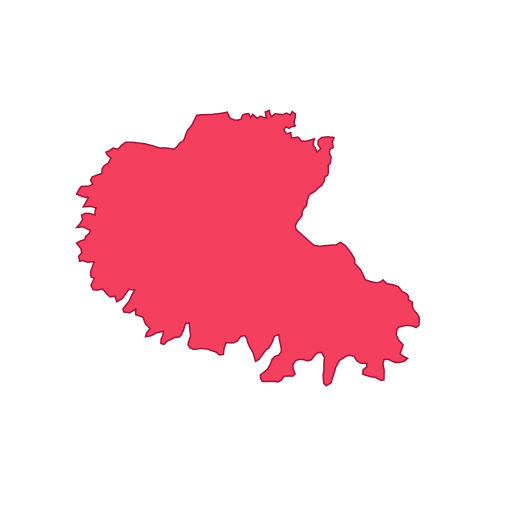 the district of Pato Branco, Paraná, Brazil, rotated 135°
{"feature_id": "56859067B2148871649171", "entity_name": "Pato Branco", "entity_type": "district", "adm_level": 2, "iso_a3": "BRA", "parent_name": "Brazil", "parent_adm1": "Paraná", "projection": "robinson", "projection_center": [-52.664, -26.152], "detail": "fine", "context": "isolated", "style": "filled", "palette": "rose", "viewbox_px": 512, "rotation_deg": 135, "n_neighbors": 0, "source": "geoboundaries", "source_scale": "gbopen_adm2", "svg_char_len": 4033}
<svg xmlns="http://www.w3.org/2000/svg" viewBox="0 0 512 512"><g transform="rotate(135 256 256)"><path d="M132.7,273.2L131.7,276.3L128.4,279.1L124.7,278.1L121.2,282.8L117.0,284.6L120.9,289.4L125.8,293.4L130.5,293.6L133.4,290.9L134.3,286.0L139.4,286.4L137.8,290.0L136.9,294.6L131.8,297.6L135.0,299.2L139.7,301.9L142.5,305.1L142.2,310.3L147.5,314.4L144.1,318.7L148.2,320.9L147.0,325.6L143.5,326.1L142.3,322.9L139.2,322.2L136.3,320.2L134.8,323.5L131.6,325.3L127.7,328.5L128.3,332.6L132.1,331.4L133.3,335.4L136.8,336.8L142.0,343.1L146.4,343.5L145.5,346.9L143.6,349.5L147.6,351.3L151.2,346.1L154.3,351.9L157.7,352.3L158.1,358.5L161.8,357.8L160.5,361.9L163.2,364.1L165.9,365.2L169.6,363.3L172.9,365.0L175.2,367.4L176.9,372.1L174.6,378.1L178.0,380.2L186.9,387.1L195.0,394.7L198.4,397.4L209.1,393.8L215.7,393.2L219.7,391.6L222.7,390.0L225.7,388.9L230.5,389.8L234.3,389.1L238.4,389.5L242.3,394.9L245.2,398.1L247.7,400.3L249.8,404.5L251.7,407.9L255.3,414.1L259.5,419.3L262.6,423.4L267.7,428.6L273.1,429.4L278.2,429.1L280.7,433.4L285.2,434.1L288.7,435.6L289.8,432.1L289.2,427.9L294.5,426.2L300.0,427.2L303.0,426.5L306.7,423.4L310.6,425.4L316.0,427.7L319.6,426.5L320.6,422.2L325.0,423.6L330.2,428.7L333.8,428.3L339.1,426.7L337.7,423.1L336.0,419.6L333.2,415.8L338.9,414.1L343.4,412.9L337.5,407.7L335.2,403.0L338.3,401.5L340.8,398.8L343.8,404.1L347.2,407.3L350.5,408.3L352.7,404.5L357.7,403.2L362.6,403.0L357.8,399.1L356.3,394.7L355.0,391.2L358.0,389.8L362.7,390.4L365.2,388.6L369.7,390.9L373.8,392.0L374.6,385.1L377.0,381.5L381.6,381.2L384.5,377.0L381.7,375.2L379.5,370.7L374.6,366.6L379.2,364.1L383.7,362.1L387.4,358.0L386.2,354.5L389.7,353.3L393.5,351.9L395.0,347.3L392.1,343.9L387.7,341.1L388.2,336.5L388.2,330.3L384.1,327.3L386.8,322.0L380.7,320.4L369.6,322.3L365.8,317.7L371.3,316.2L378.0,313.7L387.3,312.8L389.1,309.9L385.4,305.1L378.6,303.6L382.6,299.6L379.2,292.9L382.2,286.0L382.2,279.7L388.1,278.9L391.3,277.0L386.2,273.6L381.2,272.3L374.8,268.3L378.1,265.6L381.7,264.5L385.1,261.4L383.5,258.5L378.9,258.6L374.0,256.7L370.9,255.8L367.5,252.9L364.6,253.1L360.7,254.4L353.5,258.0L350.6,256.0L355.2,250.3L358.8,245.7L364.0,243.1L366.8,241.3L367.6,237.7L366.0,233.9L360.1,229.3L356.1,224.5L354.1,220.2L352.1,216.1L352.0,212.1L348.7,209.4L344.1,213.1L338.5,215.9L333.5,210.6L329.5,209.0L323.5,209.9L320.2,207.5L320.9,203.9L322.8,201.1L324.6,196.7L326.4,189.8L330.9,181.8L326.7,180.8L315.3,182.6L312.1,181.8L305.8,183.5L299.8,186.2L295.5,184.4L298.5,180.4L303.5,172.8L305.9,170.4L310.1,169.9L313.9,171.7L317.7,171.6L321.8,169.6L327.8,167.8L333.4,168.3L337.1,168.8L339.4,166.1L340.2,162.7L337.3,159.8L332.1,154.8L329.2,151.1L326.3,150.4L321.0,151.0L317.6,147.9L314.9,145.0L311.7,145.0L309.4,150.1L306.8,153.0L302.0,153.9L298.5,152.4L295.7,149.2L293.8,145.5L290.3,143.5L283.6,144.3L280.7,143.9L277.8,141.4L279.5,135.6L283.2,132.7L288.4,127.5L292.9,124.2L298.1,118.2L298.2,114.6L292.9,113.2L286.9,116.3L281.0,119.4L278.4,120.9L270.9,123.1L266.1,122.0L262.3,121.3L259.6,119.1L257.6,115.7L258.8,110.6L258.0,106.5L253.7,101.7L255.9,99.4L261.0,99.8L264.1,96.7L260.1,89.3L257.3,85.5L255.6,79.7L253.1,77.9L249.5,81.4L246.4,84.4L242.3,90.2L238.7,92.2L235.6,89.7L233.3,83.0L230.9,80.0L225.7,76.8L221.2,76.4L222.6,80.6L223.2,85.0L220.1,86.4L214.8,89.1L214.5,95.8L212.7,101.0L208.9,104.1L205.5,104.8L199.1,101.0L195.0,96.3L193.4,92.2L189.9,91.8L187.1,94.1L184.0,97.2L182.8,101.7L182.8,106.1L181.2,109.7L178.0,112.6L179.2,117.3L176.7,119.5L176.2,123.1L177.8,127.6L177.0,133.8L179.8,139.4L183.0,143.9L183.1,149.3L186.7,149.7L189.7,152.0L192.5,155.8L195.5,162.0L193.0,168.5L191.7,172.7L191.6,177.0L191.4,180.9L188.5,184.0L186.8,190.0L186.0,195.7L185.5,200.4L186.7,206.1L191.6,207.1L195.2,210.6L199.8,214.4L204.0,217.7L207.4,222.4L208.0,228.1L208.2,233.6L208.6,239.5L208.9,246.4L206.7,249.6L202.6,251.1L195.1,251.9L191.6,255.0L188.5,255.7L184.5,256.0L180.0,259.4L174.7,261.7L168.4,260.0L164.5,260.2L159.6,259.4L154.4,260.9L151.6,263.2L148.4,262.5L145.7,263.8L140.9,269.0L137.7,269.0L132.7,273.2Z" fill="#f43f5e" stroke="#9f1239" stroke-width="1.5"/></g></svg>